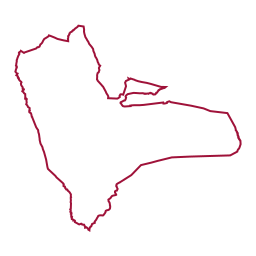 the district of Santiago Yosondúa, Oaxaca, Mexico
{"feature_id": "50627088B9654355924855", "entity_name": "Santiago Yosondúa", "entity_type": "district", "adm_level": 2, "iso_a3": "MEX", "parent_name": "Mexico", "parent_adm1": "Oaxaca", "projection": "orthographic", "projection_center": [-97.535, 16.847], "detail": "fine", "context": "isolated", "style": "outline", "palette": "rose", "viewbox_px": 256, "rotation_deg": 0, "n_neighbors": 0, "source": "geoboundaries", "source_scale": "gbopen_adm2", "svg_char_len": 5525}
<svg xmlns="http://www.w3.org/2000/svg" viewBox="0 0 256 256"><path d="M210.3,111.1L203.6,108.4L191.1,105.7L171.0,102.2L169.3,101.3L167.1,102.1L166.9,103.0L164.8,103.5L163.4,103.5L163.2,102.5L143.7,104.9L139.6,105.2L134.2,105.2L131.1,105.4L130.7,105.7L130.4,105.7L130.5,106.1L124.6,106.5L123.2,106.2L122.9,106.1L122.1,105.2L121.2,103.8L120.5,103.0L120.6,102.4L121.1,102.0L122.2,101.6L123.8,100.6L124.8,100.5L125.3,99.9L125.7,99.0L126.1,97.5L125.8,97.1L125.6,96.7L125.6,96.4L125.8,95.9L126.7,94.9L127.8,94.1L133.5,92.9L135.8,93.0L139.9,93.3L142.6,93.2L142.9,93.3L143.5,93.3L143.6,93.5L144.2,93.7L144.4,93.6L144.8,93.9L145.2,93.9L145.6,93.6L146.1,93.8L147.0,93.5L147.6,93.5L148.3,93.8L148.8,93.4L149.3,93.2L149.6,93.2L149.8,93.3L150.0,93.3L150.3,92.9L150.7,93.1L151.4,93.1L151.8,93.5L152.2,93.6L152.6,93.7L152.7,94.1L152.9,94.3L153.9,94.6L154.7,94.3L155.2,94.3L155.3,94.1L155.6,94.0L156.0,93.5L156.2,92.8L157.1,92.6L157.5,91.9L157.7,91.3L157.9,91.1L158.3,90.9L158.7,90.3L158.7,90.1L159.3,90.0L159.5,89.9L159.6,89.5L159.8,89.3L161.7,88.8L163.2,88.2L164.0,88.1L164.6,87.9L165.7,87.0L161.0,86.9L151.1,84.0L146.8,82.9L141.7,82.0L138.2,81.2L135.2,80.2L134.6,79.8L130.5,78.5L130.1,79.0L129.3,78.9L128.6,78.5L128.9,79.6L125.9,81.0L125.1,82.7L125.8,85.2L126.0,86.3L123.2,94.7L122.1,94.4L121.4,94.3L120.5,94.3L119.6,95.7L119.8,97.0L118.3,98.1L117.3,98.6L108.1,98.2L108.3,96.4L107.6,95.0L106.5,93.4L105.7,91.5L103.1,86.7L102.1,85.7L101.5,84.9L97.6,80.6L97.3,79.7L97.0,79.4L97.2,76.5L97.1,75.8L97.2,74.8L97.6,73.1L98.7,72.3L98.8,71.5L99.3,70.6L99.4,69.9L99.0,68.7L98.9,68.0L99.2,67.3L100.2,65.7L98.8,64.5L98.6,63.6L97.7,61.9L97.2,59.9L96.2,57.9L95.6,57.1L95.0,55.7L94.6,53.7L93.4,51.0L93.1,49.0L91.7,46.9L89.2,43.9L88.2,41.6L87.3,40.4L86.6,39.0L85.4,37.1L84.4,33.7L84.0,31.7L84.1,29.6L83.6,26.5L78.4,25.7L77.4,27.0L76.3,27.7L75.7,28.2L75.3,28.4L73.9,29.8L73.7,29.9L73.7,30.0L73.4,30.1L73.2,30.4L72.9,30.4L72.8,30.7L72.7,30.8L72.1,31.1L71.8,31.7L70.4,32.3L70.0,32.9L69.5,33.3L69.4,33.6L69.5,34.1L69.4,34.3L68.9,35.0L68.8,35.5L68.5,35.9L68.2,36.0L68.1,36.5L68.3,37.0L68.2,38.0L67.9,38.6L68.1,39.3L68.0,39.5L68.1,40.0L67.9,40.5L68.2,40.9L68.2,41.2L63.8,40.4L57.8,39.0L57.0,38.7L54.7,37.6L50.7,36.0L48.9,35.4L48.5,36.3L46.2,37.8L44.3,38.9L43.2,40.6L42.2,42.7L41.0,44.0L40.4,44.4L39.5,46.6L38.5,47.2L37.4,47.2L36.1,48.5L24.7,52.4L24.0,52.9L20.9,50.9L20.8,51.2L19.2,52.3L18.9,52.7L18.9,53.0L19.3,53.3L19.3,54.2L18.3,55.8L18.1,56.4L17.5,57.9L17.0,59.6L16.7,60.1L16.7,60.6L16.8,61.1L16.2,64.4L16.3,65.5L16.5,66.0L16.2,66.0L16.6,67.1L16.4,67.1L16.5,68.0L15.9,69.6L15.9,69.9L15.8,70.1L15.4,71.7L16.7,73.1L16.8,73.5L16.8,73.9L17.4,73.9L17.0,74.7L16.4,75.3L16.8,75.6L17.5,75.9L18.0,76.8L17.8,77.7L18.0,78.0L18.9,78.3L18.8,79.4L19.0,79.7L19.3,79.9L19.6,80.4L20.4,81.2L21.2,81.8L21.5,82.3L20.9,83.6L21.2,85.1L21.6,85.8L22.7,87.3L22.7,87.9L22.6,88.8L22.9,89.1L23.8,89.2L23.9,89.6L22.6,90.6L22.3,91.3L23.5,92.2L24.1,93.3L25.2,94.0L25.3,97.3L25.1,98.4L25.2,98.7L26.0,98.3L26.8,99.1L26.4,100.1L26.7,102.7L26.2,104.3L27.3,105.4L28.0,107.0L29.6,108.0L29.7,109.1L29.3,110.2L29.8,110.6L29.2,111.8L29.4,112.3L29.9,112.7L30.6,112.9L30.9,113.2L31.3,114.3L31.8,116.8L32.2,117.0L32.3,117.5L35.8,126.3L36.1,127.1L37.3,129.0L38.0,129.9L38.2,130.5L38.2,131.2L38.4,132.4L39.0,134.2L39.4,137.3L39.7,139.2L39.6,139.7L40.5,143.6L42.4,147.1L42.9,149.2L44.0,151.9L46.1,159.5L47.4,166.9L47.9,168.8L49.3,170.2L55.4,175.9L56.5,177.4L62.9,183.1L63.3,183.7L63.4,184.1L63.6,184.0L63.8,184.3L63.6,185.1L63.5,185.4L63.6,185.9L63.6,186.2L64.9,186.6L65.1,187.4L65.3,187.7L65.2,188.0L66.3,189.5L67.3,189.5L67.8,190.7L68.4,191.1L69.6,192.3L70.9,194.4L70.8,196.3L71.1,197.2L70.7,197.7L70.9,200.8L70.6,202.1L71.0,203.1L70.8,208.7L70.2,209.3L70.8,210.2L70.3,211.8L71.3,212.4L71.5,213.3L71.4,213.5L71.1,213.4L70.9,213.8L71.4,214.1L71.2,215.1L71.4,215.6L71.2,216.1L71.3,216.9L72.0,217.0L71.9,217.5L71.7,218.5L71.8,219.1L72.8,219.4L73.5,219.9L73.4,220.5L74.5,220.4L74.9,220.7L74.9,222.1L77.2,223.3L78.5,224.1L79.2,224.4L81.2,223.7L81.6,223.8L82.2,224.6L84.1,224.7L84.7,226.1L85.6,226.9L85.1,227.4L85.1,227.7L86.6,227.4L88.3,228.9L88.3,229.6L89.4,230.3L89.5,228.8L89.7,228.3L89.9,227.4L90.4,227.0L90.6,226.6L91.2,226.4L91.4,226.1L91.5,225.5L91.9,224.7L92.0,224.1L92.3,223.9L94.8,222.8L94.6,222.1L94.7,221.6L96.3,219.6L96.9,218.3L97.6,217.3L98.1,216.1L98.9,215.6L100.2,215.3L102.3,215.4L102.8,215.5L103.3,215.3L104.6,213.6L105.3,212.6L105.5,212.2L105.5,211.6L105.8,210.8L107.1,210.2L108.0,210.1L108.9,209.7L109.9,208.7L110.1,207.8L110.2,206.3L110.1,205.9L110.1,205.6L109.9,205.3L109.9,204.4L109.5,202.5L108.6,201.3L108.4,199.6L110.4,198.2L111.8,196.2L112.1,196.0L113.1,195.6L115.0,195.2L115.8,195.0L116.2,194.8L116.2,194.6L115.0,192.5L115.0,191.7L115.0,191.4L115.3,191.1L116.5,190.5L116.9,190.5L117.6,189.0L117.6,188.8L116.9,187.5L116.7,186.5L116.4,186.4L116.2,186.0L116.4,185.6L116.4,185.0L116.6,184.3L116.8,184.1L117.7,183.5L118.7,182.9L120.0,182.3L120.1,182.1L120.5,181.9L131.3,175.1L141.0,165.1L151.4,162.6L157.6,160.9L171.8,157.4L189.6,156.6L230.2,155.4L237.3,151.6L237.5,150.6L238.2,149.3L239.0,148.6L239.5,147.5L240.6,144.2L240.4,140.7L239.9,139.9L239.8,140.0L239.6,139.6L239.2,139.4L239.2,139.2L239.0,138.9L238.9,138.7L239.0,138.5L238.9,138.1L238.4,138.0L238.2,137.7L238.3,137.2L238.5,136.5L238.1,136.2L237.9,135.9L238.0,135.6L237.7,135.4L237.5,134.8L237.8,134.2L237.5,133.9L237.3,133.3L237.6,133.0L237.1,132.5L237.0,131.9L236.7,131.8L236.5,131.0L236.0,130.4L235.8,130.3L235.8,129.7L235.5,128.4L235.2,127.2L227.4,113.1L210.3,111.1Z" fill="none" stroke="#9f1239" stroke-width="2"/></svg>